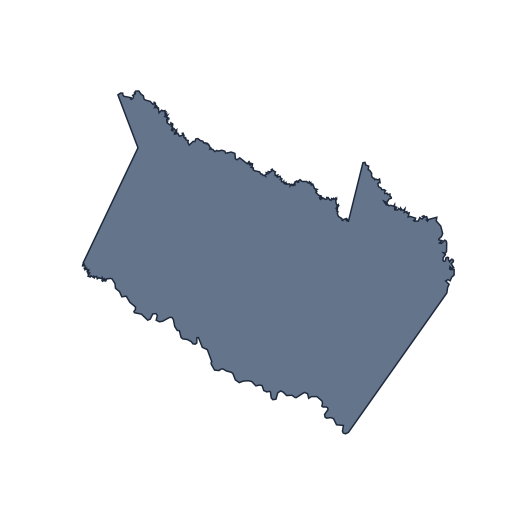 Puerto Rondón, Arauca, Colombia (Robinson projection), rotated 23°
{"feature_id": "7082276B48605985455717", "entity_name": "Puerto Rondón", "entity_type": "district", "adm_level": 2, "iso_a3": "COL", "parent_name": "Colombia", "parent_adm1": "Arauca", "projection": "robinson", "projection_center": [-71.044, 6.421], "detail": "fine", "context": "isolated", "style": "filled", "palette": "slate", "viewbox_px": 512, "rotation_deg": 23, "n_neighbors": 0, "source": "geoboundaries", "source_scale": "gbopen_adm2", "svg_char_len": 6134}
<svg xmlns="http://www.w3.org/2000/svg" viewBox="0 0 512 512"><g transform="rotate(23 256 256)"><path d="M446.1,215.5L444.7,210.1L444.8,206.6L440.3,204.8L442.0,202.7L444.4,203.0L444.4,199.1L445.8,196.1L443.6,190.9L440.3,192.6L439.2,192.1L438.7,190.1L440.8,191.1L442.4,189.4L438.7,186.8L439.8,184.5L439.6,183.2L438.4,182.3L437.2,182.6L436.4,185.6L434.5,184.1L433.8,182.3L432.6,182.4L431.6,183.6L432.1,186.7L431.3,187.5L429.8,187.0L429.0,184.3L429.8,180.8L427.2,179.8L429.2,179.3L429.6,177.4L426.5,169.6L425.4,168.0L423.6,167.6L421.7,172.0L419.8,172.4L421.1,169.2L418.0,169.7L417.6,169.0L419.1,165.7L419.1,162.5L414.4,156.3L408.2,153.3L407.3,149.7L400.6,154.9L400.2,156.9L398.6,156.2L399.3,154.8L397.7,153.1L396.2,154.2L395.1,153.4L394.2,153.8L393.7,154.6L395.5,154.9L394.4,157.1L391.8,156.6L391.7,160.4L388.2,162.1L387.3,161.7L388.3,160.5L388.1,158.8L382.3,159.4L380.8,160.6L380.1,156.4L378.6,157.6L377.5,156.2L375.4,158.0L374.6,154.3L374.0,156.2L372.4,156.5L370.5,155.4L371.1,157.1L368.8,156.4L368.2,158.5L366.2,159.1L366.5,156.2L365.7,156.2L365.1,158.2L363.5,154.6L363.3,156.4L360.3,156.7L358.5,157.9L355.6,156.2L356.8,157.7L356.0,158.0L352.3,155.6L355.6,155.7L356.1,151.7L358.0,149.9L357.5,149.0L356.1,148.7L355.1,146.6L353.2,148.0L352.0,147.0L350.1,148.2L349.3,146.8L349.7,145.1L347.9,144.9L346.0,145.9L344.6,144.6L341.7,144.3L339.9,141.9L340.2,140.7L341.6,140.1L339.6,136.9L338.5,138.3L336.3,138.4L335.4,139.4L334.4,138.4L332.7,138.4L331.1,137.1L330.1,134.6L327.1,132.7L325.5,132.7L324.6,129.2L321.6,129.4L319.7,127.2L318.0,128.4L327.5,187.9L325.3,188.0L324.9,187.2L326.0,186.9L324.8,186.0L322.5,188.0L322.0,189.4L320.9,189.2L320.5,188.0L316.5,187.4L314.4,185.4L314.0,183.0L312.7,183.1L312.6,181.6L311.1,180.9L311.2,180.0L312.5,180.7L312.0,178.7L312.5,177.3L311.7,176.6L311.4,178.3L309.2,176.3L307.5,173.3L308.1,172.6L307.6,171.4L307.3,172.2L306.6,171.8L306.5,172.8L304.8,172.6L304.9,173.7L303.1,173.6L303.4,175.4L301.7,175.4L299.6,174.0L298.2,174.5L299.0,175.7L297.7,176.8L295.3,176.4L295.1,176.9L293.4,176.1L293.8,176.9L292.9,176.8L292.6,177.8L294.1,177.5L293.1,178.8L291.7,177.4L292.3,175.3L289.9,175.6L286.3,174.1L286.8,172.9L285.4,172.3L286.3,170.8L283.5,171.1L280.3,167.7L279.2,167.8L279.6,168.7L278.9,169.1L277.7,166.9L276.8,167.9L276.1,166.9L275.4,168.4L273.5,167.6L269.4,169.4L266.7,168.5L265.9,170.0L266.4,171.4L265.4,171.6L265.0,170.3L265.0,171.6L264.1,171.1L262.9,172.8L263.9,175.0L262.9,174.7L263.1,176.4L262.2,176.8L261.6,175.4L261.5,176.5L260.6,176.2L260.1,178.1L259.6,176.8L258.3,176.6L257.3,177.6L255.8,177.3L255.5,178.3L254.9,178.2L254.7,176.7L253.4,178.1L252.4,176.4L252.3,177.2L250.3,177.5L249.6,174.9L248.5,175.7L248.6,174.9L247.0,173.2L244.9,175.0L244.3,174.9L244.4,173.0L242.3,174.4L241.0,172.4L241.1,171.0L238.1,170.7L237.1,169.7L236.3,170.5L237.0,171.7L236.0,173.8L235.6,173.2L234.2,173.5L235.0,176.3L234.3,175.2L232.8,175.3L233.6,176.7L232.9,178.2L233.4,178.8L231.9,178.4L231.1,179.1L229.3,178.2L228.4,178.7L226.4,177.1L221.2,178.1L219.8,177.7L219.2,176.0L216.9,176.3L217.5,174.9L216.7,172.5L215.6,173.1L215.1,174.7L214.2,174.2L214.6,173.2L213.7,173.7L213.8,172.5L212.7,171.8L211.9,174.5L202.7,172.0L200.9,174.9L199.1,174.6L196.5,169.8L192.6,170.0L188.0,173.2L186.3,171.7L183.2,172.0L180.2,174.2L178.6,174.2L177.3,176.0L174.7,174.8L173.0,175.2L172.5,174.4L171.7,175.4L171.6,174.2L168.7,171.8L166.8,171.3L166.7,172.1L165.2,171.6L163.9,172.4L162.2,171.1L159.6,171.5L156.6,170.6L154.9,171.7L155.0,174.5L153.3,175.1L151.2,180.0L148.9,178.1L148.5,176.2L146.4,176.5L145.0,174.7L144.6,175.4L143.2,174.9L142.8,173.4L140.8,171.4L140.2,171.9L141.6,173.3L138.6,175.6L136.0,173.6L133.4,175.6L133.0,174.0L134.4,173.0L133.7,170.9L133.3,172.0L130.6,170.7L130.0,172.4L130.5,173.3L128.9,173.1L129.0,170.3L127.4,169.7L127.4,168.7L128.3,168.7L127.8,167.0L125.7,166.7L126.2,167.8L125.3,168.9L122.0,168.1L122.0,166.3L121.1,166.6L120.6,165.4L122.3,163.9L121.7,163.1L120.5,163.8L120.2,162.9L118.9,163.2L119.5,160.8L117.6,162.7L117.9,159.8L116.8,160.5L116.7,158.7L116.1,159.2L115.4,157.7L113.6,158.9L112.2,158.6L110.8,162.0L108.3,157.9L107.8,158.5L106.6,157.4L106.6,158.1L105.1,158.8L105.8,157.6L104.9,157.7L105.2,156.7L104.3,156.7L104.2,155.4L103.0,154.3L102.2,154.3L102.6,155.9L101.8,156.6L98.2,155.0L93.1,155.7L91.4,155.1L89.8,152.6L86.6,151.8L83.7,149.9L80.8,151.2L80.5,152.5L81.2,153.3L80.5,153.5L81.2,154.6L79.7,156.3L80.9,157.0L81.1,158.8L80.1,160.6L79.1,160.3L79.1,159.1L72.0,160.6L70.5,159.8L69.7,158.2L67.8,158.8L65.9,161.6L105.1,202.5L99.6,330.0L100.6,330.4L99.9,331.5L100.2,332.9L101.4,332.3L101.2,331.3L102.6,332.1L103.4,333.7L102.2,334.8L103.3,334.5L103.9,335.4L104.7,333.8L104.9,334.7L107.6,334.1L107.6,335.9L106.7,335.6L106.7,336.5L108.1,337.0L108.2,337.7L109.3,336.7L109.3,340.2L111.6,340.1L111.6,338.7L115.5,339.3L114.9,338.0L116.2,338.1L117.4,337.1L118.8,339.0L119.8,337.6L123.3,337.1L123.0,336.0L124.9,337.3L123.8,338.6L124.5,339.2L126.0,337.6L125.2,336.9L125.6,336.1L126.6,336.9L126.6,337.9L127.4,337.8L127.5,335.4L130.8,333.5L132.6,333.4L137.1,336.6L139.2,340.6L144.3,342.1L148.4,346.0L152.3,343.7L158.1,348.0L165.0,350.0L165.9,352.4L165.3,354.8L166.2,355.7L173.3,354.3L181.4,357.4L183.3,355.4L183.6,349.7L186.4,348.1L188.5,349.4L189.2,354.1L192.8,354.3L195.6,352.5L200.4,346.3L202.7,345.4L204.8,346.8L208.8,352.7L212.6,355.3L214.7,354.7L218.8,360.2L220.9,360.9L225.5,359.7L229.9,360.1L232.2,361.5L234.5,360.9L235.5,359.2L233.5,354.3L234.9,353.6L242.3,361.1L247.8,361.2L256.6,370.6L256.3,371.6L257.1,373.1L262.4,377.2L266.6,376.0L268.2,373.6L269.7,372.9L273.8,373.4L278.7,372.7L280.6,373.2L285.4,378.1L290.1,379.1L293.2,376.1L297.7,373.8L301.1,373.2L306.6,375.6L309.7,373.4L312.2,372.9L315.7,376.8L319.0,376.9L321.4,375.3L322.5,375.6L325.5,380.7L327.7,381.7L330.3,380.0L329.5,373.3L331.5,370.6L334.4,370.7L338.7,372.5L343.6,370.1L347.2,371.0L348.3,370.7L353.8,362.7L357.3,362.6L360.1,366.4L361.9,363.8L367.1,361.6L373.4,363.7L374.7,365.4L375.3,368.5L376.8,368.8L379.7,367.5L381.5,367.9L382.3,369.3L381.0,375.0L382.5,377.3L384.2,377.7L388.3,375.4L391.0,375.5L396.1,379.9L402.7,377.8L404.0,383.4L405.4,384.8L407.9,384.7L410.0,382.2L446.1,215.5Z" fill="#64748b" stroke="#1e293b" stroke-width="1.5"/></g></svg>